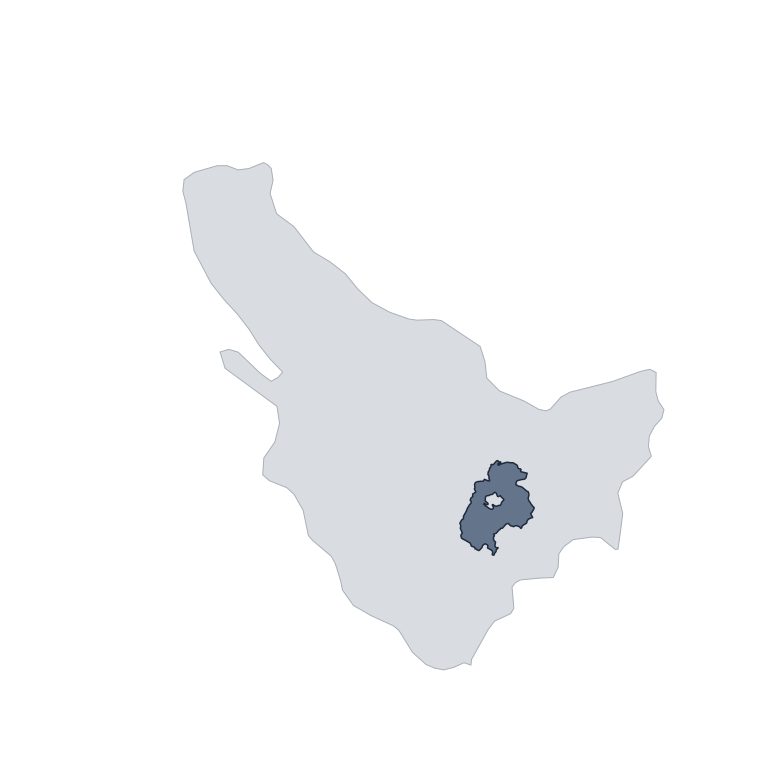 San Juan de la Maguana, San Juan, Dominican Republic (highlighted), rotated 221°
{"feature_id": "3306468B55528819950271", "entity_name": "San Juan de la Maguana", "entity_type": "district", "adm_level": 2, "iso_a3": "DOM", "parent_name": "Dominican Republic", "parent_adm1": "San Juan", "projection": "albers", "projection_center": [-71.221, 18.893], "detail": "fine", "context": "in_parent", "style": "filled", "palette": "slate", "viewbox_px": 768, "rotation_deg": 221, "n_neighbors": 0, "source": "geoboundaries", "source_scale": "gbopen_adm2", "svg_char_len": 7541}
<svg xmlns="http://www.w3.org/2000/svg" viewBox="0 0 768 768"><g transform="rotate(221 384 384)"><path d="M134.8,504.8L135.6,477.7L139.8,466.7L136.0,455.1L118.8,442.8L108.2,426.9L99.0,412.8L101.1,410.8L119.8,410.2L126.4,405.1L139.1,390.8L141.6,379.2L140.6,370.5L132.4,360.0L129.3,349.0L139.4,339.4L152.6,325.5L154.5,320.1L154.2,314.8L138.8,299.9L137.8,293.6L145.0,277.6L144.3,267.0L137.3,233.8L134.0,228.9L140.8,226.1L145.3,216.3L151.3,207.5L159.3,202.8L168.3,199.9L186.2,200.1L211.0,207.8L218.0,207.7L241.8,200.7L261.6,196.8L280.1,201.2L287.7,207.1L303.1,216.6L310.8,219.4L335.0,219.1L341.6,220.0L362.1,235.6L379.3,241.7L389.3,242.0L407.1,235.8L415.9,235.9L426.2,249.4L428.3,268.5L437.0,285.8L450.1,296.9L514.3,291.6L528.7,300.6L523.9,308.3L514.9,312.4L484.3,310.9L470.9,312.0L468.3,319.5L468.3,326.5L486.2,328.1L503.8,331.4L521.7,336.8L540.0,340.5L560.5,342.8L580.7,346.6L614.5,359.8L652.2,390.6L662.3,397.5L669.0,407.2L666.1,419.3L653.1,439.3L645.7,445.8L634.7,449.8L627.3,458.0L620.2,472.0L615.8,473.2L610.5,472.7L601.4,465.0L594.9,453.0L576.7,442.0L555.3,443.7L523.7,437.4L504.7,440.8L485.6,441.8L466.0,438.5L446.4,437.5L426.8,441.9L407.9,449.3L400.9,453.9L388.7,465.3L382.3,469.5L336.0,475.4L322.6,467.2L310.2,455.9L292.4,454.5L266.6,463.2L250.5,466.4L243.9,470.2L242.0,474.5L241.9,490.2L238.3,499.8L213.1,536.0L198.8,561.6L193.0,569.5L186.2,571.2L173.8,556.5L165.9,551.1L156.0,548.4L151.9,540.6L152.1,529.5L149.6,518.8L143.5,510.3L134.8,504.8Z" fill="#d9dde1" stroke="#a8b0b8" stroke-width="1"/><path d="M248.6,395.5L248.7,394.9L248.8,394.6L249.0,394.4L249.6,394.2L250.0,393.9L250.2,393.7L250.3,393.4L250.1,393.0L249.4,392.2L249.1,391.8L249.0,389.8L248.9,389.5L248.3,388.7L248.0,387.9L247.8,387.3L247.7,386.9L247.7,386.0L247.6,385.8L247.5,385.7L247.0,385.4L246.9,385.3L246.7,384.4L246.5,384.2L245.9,383.8L244.9,383.5L243.9,383.0L243.7,382.7L243.3,382.1L242.9,381.6L242.5,381.4L241.2,380.7L240.9,380.3L241.0,380.1L241.1,379.9L241.7,379.4L242.1,379.1L243.0,378.9L243.7,378.6L244.4,378.4L244.9,378.2L245.5,378.0L245.7,377.9L245.7,377.6L245.4,377.0L245.4,376.6L245.4,376.0L245.5,375.7L245.8,375.3L246.5,374.6L247.5,373.8L248.0,373.1L249.3,371.8L250.3,369.8L250.3,369.3L250.1,368.7L249.9,368.0L249.8,367.7L248.5,366.4L247.3,365.4L247.2,365.2L247.1,364.5L247.0,364.2L246.3,363.8L245.4,363.4L244.5,363.1L244.2,363.0L244.0,362.7L244.0,362.4L244.0,362.1L244.3,361.2L244.5,360.1L244.8,359.5L244.8,359.1L244.5,358.6L243.4,357.5L243.1,357.2L243.1,356.8L243.5,355.9L243.5,354.9L243.4,354.5L242.9,353.3L242.6,352.8L242.3,352.7L241.3,352.5L240.9,352.3L240.5,351.9L240.3,351.5L240.2,350.9L240.2,348.4L240.1,348.0L239.8,347.2L239.7,345.3L239.0,343.7L238.8,342.9L238.5,342.2L238.3,341.1L238.0,340.2L237.9,338.8L237.5,337.9L237.4,336.5L236.8,336.0L236.4,335.3L235.9,334.7L235.7,334.4L235.7,334.0L236.1,333.1L236.1,331.8L236.0,331.2L235.7,330.6L235.6,329.3L235.4,328.8L235.1,328.5L233.7,327.8L233.0,327.4L232.5,326.6L232.2,325.9L231.7,325.2L231.0,324.8L227.7,323.2L227.1,322.8L226.9,322.6L226.9,322.3L227.1,321.3L226.7,320.3L226.0,319.6L225.4,319.2L224.6,318.7L224.0,318.6L223.0,318.7L222.5,318.8L222.3,319.0L221.0,319.1L220.1,319.5L218.8,319.6L217.8,319.9L216.5,320.0L215.7,320.3L215.3,320.4L214.5,320.4L213.9,320.1L213.2,319.9L212.2,319.2L211.7,319.0L211.2,319.1L209.8,319.8L209.5,319.9L207.5,319.9L207.0,319.4L206.6,319.9L204.9,319.9L204.2,320.2L203.4,320.4L203.1,320.6L203.0,320.9L202.9,321.2L202.8,324.4L202.9,325.2L203.3,326.0L203.6,327.3L203.3,328.5L203.0,329.2L202.8,329.8L202.7,329.9L202.4,330.0L201.3,330.1L200.5,330.4L200.1,330.4L199.7,330.2L199.2,329.6L198.9,329.3L198.4,328.4L198.2,328.3L197.9,328.2L197.3,328.3L196.6,328.6L195.6,328.7L194.7,329.0L193.7,329.1L192.8,329.0L191.9,328.6L191.6,328.3L191.4,328.1L190.7,326.7L190.5,326.4L190.2,326.3L189.7,326.3L189.2,326.5L188.8,327.2L189.4,328.7L189.5,329.3L189.5,330.6L189.5,331.0L189.7,331.3L190.1,331.7L190.3,332.1L190.4,332.7L190.4,335.1L190.8,335.1L191.5,334.4L192.0,334.2L193.1,334.1L193.5,334.2L193.8,334.4L194.4,335.0L194.7,335.6L195.3,336.4L195.6,337.1L196.0,337.8L196.4,337.9L198.1,338.0L199.3,338.6L200.4,339.6L200.8,340.2L201.0,340.6L201.0,341.7L201.2,341.9L201.4,342.1L202.3,342.2L202.6,342.4L202.7,342.6L202.6,342.9L202.3,343.5L201.7,344.3L201.5,344.7L201.4,345.3L201.4,348.9L201.4,349.4L201.1,350.0L201.0,350.3L201.1,350.8L201.2,351.2L201.2,351.5L200.9,352.1L200.3,352.4L200.1,352.7L200.0,353.3L200.0,357.9L199.9,358.4L199.5,359.3L199.1,359.9L198.9,360.1L198.5,360.2L195.8,360.1L195.0,360.2L194.0,360.9L193.1,361.1L192.8,361.2L192.3,361.9L192.1,362.7L192.0,363.1L191.4,363.7L190.9,364.1L189.9,364.4L188.4,365.1L187.5,365.1L186.4,364.8L186.0,364.9L185.8,365.3L185.8,366.0L186.5,367.4L186.6,367.8L186.3,368.6L186.1,369.8L185.8,370.3L185.6,371.1L185.3,371.8L185.2,372.8L185.4,373.3L185.9,373.8L186.1,374.1L186.2,375.6L186.4,376.3L186.2,377.1L185.8,377.7L185.6,378.6L184.9,379.6L184.3,380.7L185.3,381.3L186.1,381.5L186.8,381.8L187.6,382.0L188.3,382.4L188.4,382.8L188.1,383.4L188.1,383.8L188.1,384.1L188.4,384.9L188.5,386.7L188.9,387.6L189.0,388.3L189.6,389.2L190.1,389.3L191.8,389.3L192.9,389.7L194.3,389.9L195.0,390.1L195.8,390.4L196.5,390.7L197.7,390.8L199.5,391.8L200.0,392.1L200.4,392.5L201.5,394.9L201.9,395.4L202.6,396.1L203.3,396.5L204.0,397.1L204.4,397.2L205.0,397.2L205.6,396.9L206.2,396.8L211.8,396.8L212.6,396.5L213.5,396.3L214.3,395.9L215.1,395.2L215.5,395.1L216.9,395.0L217.6,394.7L218.0,394.6L218.4,394.6L218.7,394.8L218.9,395.1L219.9,397.1L220.0,397.8L219.9,398.6L219.7,398.9L219.2,399.6L218.9,400.2L218.2,401.0L217.9,401.7L215.9,403.8L215.4,404.8L215.3,405.2L215.3,406.0L215.4,406.6L215.9,407.6L216.5,408.4L216.8,409.4L217.4,410.5L218.1,410.2L221.7,408.4L222.7,407.7L223.2,407.6L223.6,407.7L223.8,407.9L224.0,408.2L224.2,409.0L224.4,409.3L224.8,409.4L225.5,409.4L226.4,408.7L226.7,408.6L227.1,408.5L227.8,408.6L228.7,409.1L229.6,409.8L230.2,410.0L231.6,409.9L232.7,409.6L233.8,409.5L234.3,409.4L235.4,408.9L236.4,407.9L237.1,407.5L237.9,406.9L238.7,406.5L240.0,405.3L240.6,404.8L241.0,403.8L241.5,403.1L241.9,402.5L242.5,401.6L243.0,400.7L243.4,399.9L243.6,399.1L243.7,398.7L244.2,398.1L244.7,397.7L245.0,397.7L245.2,397.9L245.4,398.1L245.4,398.7L245.3,399.3L244.7,400.1L244.5,400.4L244.4,401.2L244.6,401.6L244.9,401.6L245.1,401.5L245.6,401.2L246.0,400.7L246.3,400.4L246.7,400.4L247.3,400.7L247.6,400.8L248.0,400.7L248.5,400.0L248.6,399.5L248.6,395.5ZM228.7,358.8L229.0,358.8L229.5,358.7L229.8,358.7L230.0,359.0L230.0,359.4L229.9,359.7L229.5,359.9L228.1,359.9L227.8,360.0L227.6,360.1L227.2,360.7L226.8,360.9L226.6,361.1L226.6,361.4L226.7,361.7L227.2,362.1L227.7,362.2L230.4,362.2L230.8,362.2L231.1,362.4L231.4,362.6L231.8,363.4L232.7,364.5L233.2,365.4L233.4,366.2L233.3,366.5L233.2,366.9L231.7,368.6L231.5,368.9L231.4,369.6L230.9,370.5L230.0,371.6L229.7,372.0L229.6,372.4L229.6,374.0L229.5,374.3L229.2,374.8L229.1,375.1L228.8,375.2L228.2,375.2L227.6,375.2L226.4,374.6L225.1,373.9L224.8,373.8L224.4,373.8L224.0,373.9L223.8,374.2L223.3,375.1L223.1,375.8L222.9,376.0L222.4,376.0L221.7,375.7L221.3,375.6L218.4,375.6L217.9,375.5L217.7,375.2L217.6,374.9L217.6,371.8L217.5,371.4L216.7,369.9L216.7,369.1L216.7,368.5L216.9,368.2L217.4,368.1L217.6,367.9L218.0,367.3L218.6,365.9L219.0,365.5L219.7,365.3L220.1,364.8L220.4,364.6L221.0,364.5L221.9,364.7L222.7,364.5L222.9,364.3L223.0,364.1L222.9,363.8L222.7,363.6L220.5,362.6L220.1,362.3L219.9,361.9L219.9,361.5L220.0,360.9L220.1,360.6L220.7,360.0L221.3,359.5L221.6,359.4L222.6,359.3L223.4,359.0L226.0,358.9L226.4,358.8L227.0,358.6L227.6,358.5L228.1,358.6L228.7,358.8Z" fill="#64748b" stroke="#1e293b" stroke-width="1.5"/></g></svg>